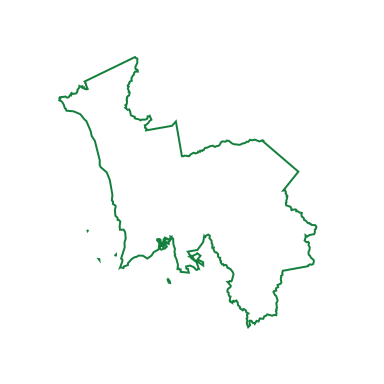 Lockhart River, Queensland, Australia, rotated 165°
{"feature_id": "25037944B30530613092043", "entity_name": "Lockhart River", "entity_type": "district", "adm_level": 2, "iso_a3": "AUS", "parent_name": "Australia", "parent_adm1": "Queensland", "projection": "orthographic", "projection_center": [143.259, -13.018], "detail": "fine", "context": "isolated", "style": "outline", "palette": "green", "viewbox_px": 384, "rotation_deg": 165, "n_neighbors": 0, "source": "geoboundaries", "source_scale": "gbopen_adm2", "svg_char_len": 6037}
<svg xmlns="http://www.w3.org/2000/svg" viewBox="0 0 384 384"><g transform="rotate(165 192 192)"><path d="M296.5,314.9L294.6,313.4L294.0,312.2L293.3,309.6L293.1,305.7L292.4,305.2L292.3,303.1L285.4,300.5L279.7,296.0L277.0,289.7L275.7,288.0L274.1,276.8L274.4,272.0L272.6,266.5L272.9,246.6L274.2,241.9L273.7,239.5L269.3,233.1L268.3,224.9L269.6,209.9L271.6,204.5L270.8,203.3L271.5,200.9L269.6,198.9L269.4,197.8L271.2,194.4L272.1,188.8L270.7,186.6L271.0,184.2L270.0,184.1L268.9,182.1L270.8,177.5L271.4,174.2L267.8,173.3L267.0,170.5L268.0,164.3L270.3,160.7L271.3,156.0L277.6,146.2L277.7,145.8L276.8,145.0L277.0,143.4L281.1,137.5L280.4,137.7L277.9,136.3L277.0,137.7L272.8,138.0L272.3,139.8L267.7,142.8L264.7,143.8L262.3,143.7L260.0,144.4L255.8,143.1L252.4,139.3L247.6,141.0L244.6,143.8L239.0,145.2L236.7,151.3L238.2,154.4L237.8,155.3L236.3,155.3L234.8,154.2L235.2,151.1L234.4,150.5L232.5,151.3L231.8,153.3L230.0,155.0L226.9,152.4L224.8,152.5L224.4,154.4L223.9,153.8L223.3,154.0L223.5,153.1L222.3,151.8L223.5,146.1L223.2,141.6L224.6,138.2L224.3,136.0L225.1,135.3L224.4,131.2L224.4,125.3L225.9,121.4L224.5,121.4L224.3,120.4L223.0,120.1L223.6,117.8L216.0,114.9L215.8,118.8L217.2,119.3L216.9,121.6L213.0,121.5L209.9,119.1L208.0,115.7L207.0,115.5L205.6,116.7L205.3,116.4L205.8,123.1L209.9,128.4L209.4,129.4L211.3,130.4L210.4,130.8L209.9,130.1L209.1,130.3L210.5,132.0L211.5,135.5L201.8,134.6L194.2,140.7L191.8,145.8L191.7,145.2L190.9,144.9L190.3,146.0L187.3,146.7L186.1,145.1L187.1,142.9L185.7,140.0L186.3,137.3L185.8,136.1L186.9,133.0L185.3,132.7L186.1,131.1L185.6,128.3L185.0,127.5L184.2,127.5L182.9,125.4L183.6,123.0L182.8,121.5L181.8,121.2L182.5,118.8L181.8,117.7L182.5,116.7L181.7,114.4L180.7,114.3L180.3,112.8L178.8,113.1L177.6,112.2L177.4,109.6L176.2,109.2L175.8,108.2L174.8,107.7L173.3,103.9L173.2,101.7L176.4,96.2L177.2,95.5L178.6,96.2L179.2,95.7L180.9,96.0L178.8,91.4L179.6,90.1L182.2,89.2L183.3,87.7L183.6,86.2L182.6,85.1L183.2,83.2L182.8,81.4L181.9,81.0L183.5,78.0L183.2,77.0L183.7,76.5L182.1,74.8L182.1,75.3L181.6,75.6L181.3,75.1L180.7,75.8L180.3,75.4L179.7,75.9L179.2,75.1L177.3,75.8L176.5,73.6L176.8,70.7L175.3,68.2L175.8,67.3L173.6,64.6L172.6,65.7L171.8,65.2L170.6,63.6L170.7,61.9L168.9,60.1L170.6,59.3L171.0,56.2L172.0,55.7L171.9,52.8L172.8,52.0L173.0,50.4L172.7,46.9L170.3,48.4L170.5,49.8L169.6,52.8L167.9,52.2L167.2,49.8L165.8,49.4L165.5,48.4L163.0,50.8L161.2,49.7L159.3,52.3L156.0,51.1L154.3,53.2L152.6,53.3L151.0,54.3L146.4,51.7L144.4,52.0L142.5,51.2L141.7,53.1L141.8,55.1L140.9,55.6L141.1,56.9L140.0,57.8L139.3,62.9L137.7,64.4L137.3,65.7L137.7,70.0L138.5,71.0L139.2,74.4L138.4,75.0L136.2,74.9L136.2,76.5L135.6,77.3L133.3,77.9L133.5,80.0L130.1,80.5L129.0,81.7L128.8,85.1L127.7,86.9L127.8,87.8L126.0,88.6L125.9,90.2L124.7,92.4L99.1,90.3L99.0,90.9L97.0,91.6L95.1,90.8L93.6,91.1L92.4,93.1L92.0,94.7L94.3,98.1L94.4,99.6L95.5,101.3L95.0,104.0L93.8,105.1L92.6,107.9L93.2,110.5L92.2,112.5L92.6,113.7L94.4,113.9L95.8,116.0L94.0,118.7L93.5,120.8L92.4,119.1L89.7,120.0L84.9,119.7L83.9,121.0L83.0,123.9L81.7,124.5L80.9,126.3L81.5,128.0L85.2,129.4L85.6,130.4L86.5,130.8L86.6,131.6L88.0,131.9L89.5,134.8L90.9,136.0L90.9,138.2L92.3,139.8L92.1,142.2L91.4,143.4L93.4,144.3L94.8,146.0L96.3,146.4L95.9,147.8L96.4,148.4L99.7,148.8L101.3,148.5L100.2,149.4L100.7,152.2L104.5,154.8L104.2,157.2L103.4,157.6L103.3,159.0L101.6,161.7L101.8,163.0L100.9,163.4L102.0,166.3L101.3,167.6L101.6,169.5L103.5,169.8L84.0,184.1L110.2,222.4L109.7,222.8L110.4,223.7L113.8,223.4L118.0,226.4L120.4,226.3L122.4,227.4L124.7,225.9L126.1,226.4L128.2,225.5L130.0,225.8L133.6,225.2L139.1,227.3L140.8,228.6L143.1,231.8L145.1,232.7L146.6,231.9L149.5,233.0L150.9,232.7L153.3,230.2L155.0,229.7L156.8,230.0L158.3,229.6L159.8,231.3L162.4,231.6L165.8,230.9L168.1,231.2L169.9,229.4L171.1,229.7L171.5,229.1L173.4,229.8L173.8,228.8L175.6,229.4L175.9,228.5L178.9,228.4L180.0,229.4L180.8,229.4L184.0,228.5L185.4,227.3L189.6,229.0L191.3,228.8L192.5,229.2L189.3,264.3L194.2,261.1L220.4,263.4L219.6,265.1L220.8,266.3L220.2,267.5L220.3,268.7L219.1,268.7L216.3,270.0L214.7,271.6L212.5,272.3L213.1,276.3L213.6,275.9L215.2,276.6L216.2,274.4L218.2,274.0L221.8,274.9L223.2,274.5L224.0,275.6L227.9,277.7L228.3,278.4L227.8,279.2L228.0,279.6L230.8,281.5L231.2,282.2L230.9,285.8L231.3,288.0L232.9,288.0L234.6,290.4L234.7,290.8L233.6,291.1L233.2,292.4L233.8,293.2L232.1,294.0L231.1,297.2L231.4,298.0L230.3,299.3L230.5,300.2L229.0,301.3L227.8,301.5L226.4,304.3L227.3,305.0L226.8,305.9L227.2,308.6L226.0,310.0L226.5,310.2L226.6,311.4L224.4,313.0L224.4,313.8L223.5,314.7L221.4,315.0L221.2,317.3L219.1,319.7L218.0,320.1L216.9,322.2L215.6,323.0L213.2,322.3L213.0,324.0L214.7,325.4L214.4,327.4L211.4,330.9L210.3,335.0L211.7,336.0L212.1,337.1L266.8,326.6L266.4,326.2L267.0,325.1L266.4,323.8L266.7,322.6L266.1,318.5L267.3,318.4L268.1,319.3L269.2,319.4L269.3,321.1L270.9,320.9L271.4,321.8L270.9,322.6L272.6,322.7L273.3,323.5L274.0,321.9L276.4,320.1L276.4,319.1L278.2,317.2L281.4,317.5L282.8,318.8L283.9,317.8L283.3,317.3L283.8,316.5L285.0,316.9L286.6,315.5L287.6,315.3L288.8,315.9L289.4,316.9L295.1,317.7L295.8,317.1L295.1,316.2L296.5,314.9ZM202.8,131.5L204.0,130.8L209.8,129.9L208.0,128.9L207.6,126.5L206.7,125.1L204.5,123.7L203.7,122.1L200.2,118.1L199.4,121.3L204.1,125.4L200.3,128.2L202.8,131.5ZM226.7,150.1L225.0,151.5L227.5,152.2L228.8,153.7L229.9,153.8L230.6,150.3L228.5,149.6L226.7,150.1ZM234.1,146.6L235.1,147.8L236.4,147.7L237.4,146.8L237.7,145.7L236.7,144.3L234.2,144.4L234.1,146.6ZM232.8,144.4L230.5,145.7L230.8,147.1L232.3,147.4L233.8,147.0L233.7,144.7L232.8,144.4ZM235.5,148.1L236.3,151.9L235.4,153.7L237.6,154.2L236.5,151.3L237.4,148.8L237.1,147.9L235.5,148.1ZM231.5,149.3L232.6,150.1L234.8,149.3L233.9,148.2L232.6,148.0L231.2,148.1L231.5,149.3ZM238.3,113.6L237.9,110.4L236.7,109.8L236.6,111.7L237.7,114.1L238.3,113.6ZM227.7,148.6L228.3,149.2L229.8,149.4L227.9,147.9L227.7,148.6ZM281.6,151.3L282.5,150.8L282.4,150.5L281.8,150.4L281.6,151.3ZM299.1,150.4L299.0,151.2L299.5,151.4L299.1,150.4ZM303.1,182.5L302.9,181.4L302.7,181.6L303.1,182.5Z" fill="none" stroke="#15803d" stroke-width="2"/></g></svg>